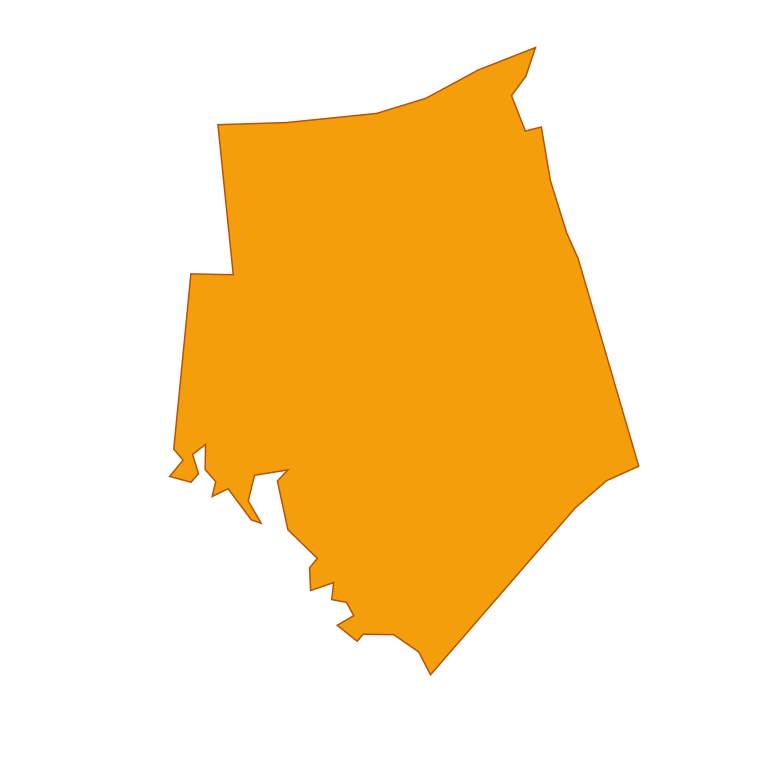 Barren, Kentucky, United States of America, rotated 347°
{"feature_id": "52423323B4695420785133", "entity_name": "Barren", "entity_type": "district", "adm_level": 2, "iso_a3": "USA", "parent_name": "United States of America", "parent_adm1": "Kentucky", "projection": "orthographic", "projection_center": [-86.003, 36.946], "detail": "fine", "context": "isolated", "style": "filled", "palette": "amber", "viewbox_px": 768, "rotation_deg": 347, "n_neighbors": 0, "source": "geoboundaries", "source_scale": "gbopen_adm2", "svg_char_len": 780}
<svg xmlns="http://www.w3.org/2000/svg" viewBox="0 0 768 768"><g transform="rotate(347 384 384)"><path d="M220.6,233.3L191.0,321.5L164.5,400.1L171.0,413.0L154.3,425.9L173.9,436.3L183.1,429.7L181.6,409.6L196.5,402.7L190.5,427.1L198.1,441.3L191.2,455.0L208.5,450.9L224.1,486.5L233.0,492.1L225.4,467.4L237.3,443.8L271.0,446.1L258.3,454.5L257.6,504.4L279.8,538.9L270.2,546.3L266.0,568.7L290.2,566.2L284.6,582.3L298.3,588.3L302.4,602.9L284.1,608.6L300.0,628.7L307.3,623.1L337.2,630.5L357.6,653.0L363.9,677.8L542.5,547.7L579.0,528.3L613.7,521.4L601.4,305.5L596.0,278.1L591.9,223.2L595.1,169.0L578.6,169.2L573.1,131.7L591.5,116.0L607.3,90.2L546.6,99.2L489.2,115.0L437.6,118.7L347.7,107.3L280.5,94.0L261.7,243.6L220.6,233.3Z" fill="#f59e0b" stroke="#b45309" stroke-width="1.5"/></g></svg>